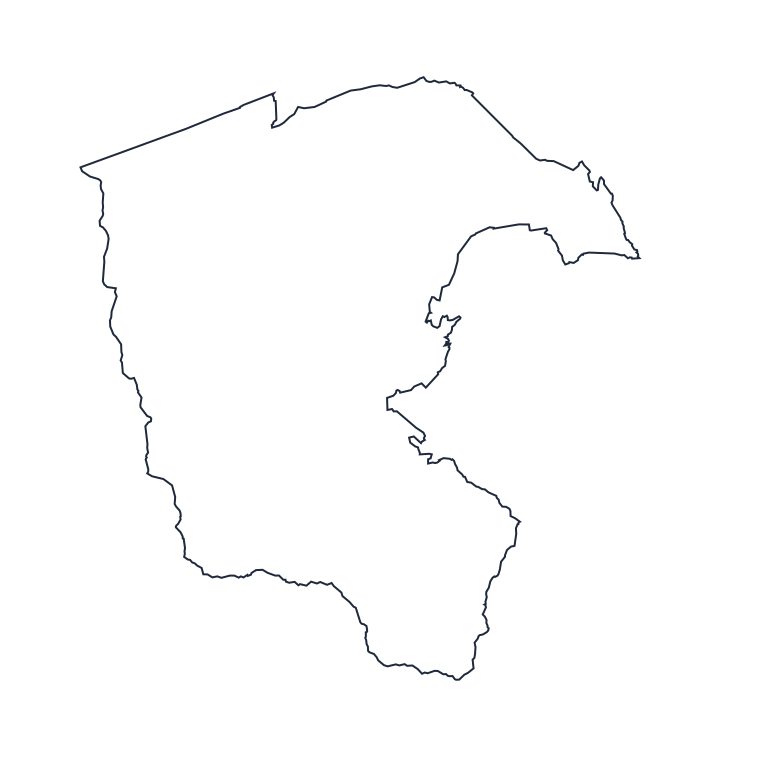 Scortoasa, Buzau, Romania (orthographic projection), rotated 172°
{"feature_id": "2599482B46829986132598", "entity_name": "Scortoasa", "entity_type": "district", "adm_level": 2, "iso_a3": "ROU", "parent_name": "Romania", "parent_adm1": "Buzau", "projection": "orthographic", "projection_center": [26.658, 45.394], "detail": "fine", "context": "isolated", "style": "outline", "palette": "slate", "viewbox_px": 768, "rotation_deg": 172, "n_neighbors": 0, "source": "geoboundaries", "source_scale": "gbopen_adm2", "svg_char_len": 6148}
<svg xmlns="http://www.w3.org/2000/svg" viewBox="0 0 768 768"><g transform="rotate(172 384 384)"><path d="M653.3,636.7L646.3,630.4L638.2,626.6L636.6,625.0L636.0,623.2L637.0,619.9L637.1,616.5L635.4,611.7L637.3,602.9L637.6,597.9L638.6,595.1L638.4,591.5L639.1,589.7L642.9,585.3L643.2,580.1L640.5,578.2L638.1,574.4L636.6,569.6L636.5,566.0L639.3,556.7L643.6,548.9L643.9,544.1L648.1,524.9L647.2,521.6L644.6,518.5L636.2,516.1L637.7,512.5L636.5,508.0L643.6,493.9L644.8,488.1L646.5,485.1L647.1,479.0L645.0,470.7L642.8,468.0L638.8,459.9L639.6,452.1L639.1,449.0L641.5,443.9L640.5,441.7L641.1,431.2L635.7,425.0L633.7,424.4L630.7,424.8L628.9,417.6L629.0,412.9L628.2,411.5L628.8,409.9L626.0,404.4L628.3,396.9L628.3,394.8L623.0,385.3L620.0,383.6L619.3,382.2L620.0,379.5L622.8,378.7L626.2,375.4L626.6,357.5L627.4,353.7L627.2,348.8L629.1,346.9L629.7,345.2L629.2,344.2L630.5,342.6L629.3,332.4L629.7,330.0L630.9,328.4L626.5,324.9L615.7,320.6L608.0,313.1L606.5,301.1L608.0,294.4L607.0,291.7L604.0,287.1L603.5,284.7L603.6,281.5L604.3,280.9L604.3,278.1L607.4,274.1L609.6,272.5L610.1,271.1L606.1,265.5L604.6,261.1L604.8,259.1L603.9,258.7L603.9,249.0L604.8,246.3L604.9,243.4L606.0,240.6L602.7,237.5L600.5,236.8L598.8,234.0L596.3,232.7L594.3,230.2L590.2,227.2L589.4,220.7L585.2,220.0L580.9,216.4L575.8,216.7L572.0,214.7L563.4,215.7L558.9,215.1L554.8,212.5L552.5,213.4L550.1,212.0L545.8,214.0L545.5,212.9L542.3,213.7L541.5,215.3L536.7,217.5L530.1,216.9L525.5,213.2L518.4,209.4L514.7,209.0L510.9,204.1L508.8,203.9L508.6,201.9L505.6,200.4L500.0,200.5L496.8,196.6L495.0,197.5L488.9,195.1L483.7,198.4L478.2,195.8L474.7,196.8L468.4,193.1L463.6,194.2L461.8,190.8L455.2,183.4L454.6,179.7L448.6,173.1L445.1,167.7L443.1,166.4L440.6,151.4L439.6,149.8L437.1,148.7L435.0,146.7L435.0,141.8L435.8,140.6L436.6,140.6L437.1,136.4L437.9,135.2L437.3,132.9L437.4,128.8L436.5,126.3L436.9,121.9L435.8,120.4L431.5,118.0L429.3,114.5L428.2,111.1L423.2,105.6L419.8,103.9L411.3,104.7L408.1,103.2L402.5,103.7L400.3,101.7L395.0,101.3L390.1,96.8L386.7,91.8L383.6,92.6L381.1,91.5L373.8,92.9L370.6,92.3L365.7,88.3L362.9,88.1L361.6,86.3L359.8,85.5L356.8,85.3L355.0,81.9L353.8,81.1L350.6,80.8L345.0,84.9L341.0,86.3L334.9,89.9L334.6,98.7L332.6,100.2L331.4,104.1L330.0,110.7L330.3,115.2L326.6,118.8L325.5,121.0L324.2,122.0L321.0,122.2L316.7,124.0L315.2,125.3L314.3,127.5L315.3,128.8L315.1,130.4L315.9,133.1L315.3,136.0L316.5,139.6L318.3,142.0L314.2,148.5L314.3,151.0L315.2,151.6L313.9,152.1L313.8,154.4L311.9,158.6L312.1,161.7L311.6,163.9L308.5,167.8L306.3,173.5L303.5,177.0L301.5,178.1L300.9,177.5L298.3,178.4L297.1,179.8L295.1,184.2L292.8,191.7L288.3,196.0L288.0,197.6L285.3,202.5L280.9,205.3L277.3,205.5L273.9,217.2L273.4,222.8L271.2,226.6L270.4,226.6L269.9,228.3L268.6,228.7L272.7,232.7L277.0,235.6L276.5,240.8L277.2,243.0L280.2,245.4L283.9,246.1L286.3,250.3L286.6,253.6L288.1,255.4L288.4,257.6L295.7,262.2L298.7,265.6L301.6,266.3L305.0,269.0L306.8,269.5L311.3,274.1L315.2,275.4L316.7,280.8L318.2,281.1L319.2,283.6L323.2,288.3L323.3,291.0L324.8,294.9L325.3,298.1L326.7,299.9L327.7,299.5L329.3,300.8L335.3,302.3L340.0,301.0L339.5,300.3L342.1,298.8L344.5,298.6L346.6,299.5L351.4,299.1L350.8,303.3L348.2,303.9L346.5,307.7L348.9,308.6L358.4,309.3L358.1,311.1L359.0,314.3L359.1,316.5L361.7,317.8L366.2,322.3L366.6,327.4L361.8,327.9L355.6,320.3L354.5,321.7L351.4,322.9L352.0,323.8L352.0,324.9L350.6,326.8L351.7,330.3L358.4,336.3L375.1,355.2L378.2,355.5L379.5,358.1L384.2,357.8L382.9,369.8L376.4,371.1L373.6,373.3L372.6,375.8L371.2,376.2L369.5,374.8L369.2,373.2L358.1,374.2L354.4,377.3L346.7,379.4L343.1,374.6L329.0,386.1L329.1,388.1L326.7,388.8L324.2,391.7L321.0,393.5L319.6,398.0L319.7,400.0L316.2,407.0L314.4,409.3L314.1,410.7L314.9,411.7L312.7,414.8L314.7,415.1L316.2,413.8L318.5,413.6L316.5,415.8L316.4,417.0L314.5,416.7L313.7,417.9L314.2,419.6L317.0,421.8L314.2,422.4L313.8,424.0L310.6,425.5L309.2,428.2L308.6,431.1L305.9,432.5L303.5,435.6L299.5,438.1L299.0,439.2L300.3,440.6L307.0,437.9L309.9,437.8L311.9,438.4L311.7,441.4L312.3,442.9L315.0,441.9L316.3,442.9L318.5,440.1L320.9,433.6L323.4,432.2L327.1,434.2L328.5,436.0L328.8,440.4L330.2,439.9L331.4,440.5L333.0,438.8L334.1,440.0L329.8,447.8L327.6,448.0L328.6,449.1L328.2,456.6L324.3,463.4L322.3,462.8L320.0,460.0L317.3,459.0L312.9,471.6L305.9,473.2L299.1,483.7L294.1,495.3L292.7,502.2L277.2,518.1L273.0,519.3L272.1,520.3L257.6,524.5L253.5,523.4L253.8,522.6L228.4,523.3L218.3,521.8L218.2,516.0L217.0,515.5L201.7,515.7L201.0,513.6L203.7,511.5L203.7,510.7L197.9,507.8L196.8,503.9L194.0,499.8L192.4,493.3L193.0,491.7L189.9,486.4L189.7,481.6L187.8,477.1L184.1,477.9L183.5,478.9L179.3,477.5L174.7,479.6L174.0,481.9L170.2,484.7L169.0,484.2L168.5,485.3L162.6,485.6L137.6,481.1L130.7,478.3L128.1,478.3L125.0,474.6L122.8,475.2L121.1,474.7L120.9,473.6L113.6,473.1L115.0,475.0L114.3,476.1L114.4,477.8L115.7,479.2L114.7,479.9L114.8,481.4L117.4,482.4L119.2,486.5L118.7,487.9L121.0,490.3L122.2,492.6L123.6,492.9L124.2,494.3L125.2,499.3L124.4,499.7L124.4,500.6L125.0,505.2L124.6,506.5L125.6,510.0L125.2,511.5L126.5,513.5L126.8,515.8L132.8,529.1L133.5,531.9L132.1,533.9L131.2,538.5L131.8,540.8L132.8,540.9L138.3,551.3L137.9,554.9L140.2,558.5L141.6,557.5L144.1,551.5L145.1,546.4L146.4,546.1L149.7,550.7L148.9,554.7L152.0,555.9L152.7,563.5L150.6,565.3L150.9,566.8L155.3,572.7L157.0,576.8L159.7,575.8L161.1,573.0L166.9,569.5L184.9,581.1L191.5,582.3L193.3,583.6L198.3,583.6L201.9,585.8L215.3,603.3L221.7,610.1L222.6,612.1L256.8,657.6L255.2,659.4L256.1,660.6L261.3,663.7L263.1,663.8L264.5,666.3L266.3,667.8L267.2,667.6L266.8,669.0L270.7,669.6L271.6,671.9L272.5,672.5L277.0,672.5L280.2,675.0L287.7,674.9L291.9,677.4L295.1,676.6L297.3,676.9L299.8,678.2L302.1,682.3L306.0,681.5L311.5,678.7L329.7,675.5L334.2,676.9L337.6,679.0L340.4,678.8L346.7,680.4L354.5,680.4L366.3,679.1L376.2,679.2L401.6,672.7L402.0,671.7L414.2,668.0L424.8,668.2L430.5,670.3L435.3,663.8L440.4,661.4L446.9,656.7L451.8,654.6L459.1,653.4L459.1,656.1L457.4,657.1L457.3,658.3L456.2,659.3L454.1,660.2L453.7,661.3L451.9,679.3L453.4,679.8L453.3,683.3L454.2,685.6L452.7,687.2L484.2,679.9L488.3,678.2L488.3,677.5L505.4,674.1L543.9,664.4L654.4,640.8L653.3,636.7Z" fill="none" stroke="#1e293b" stroke-width="2"/></g></svg>